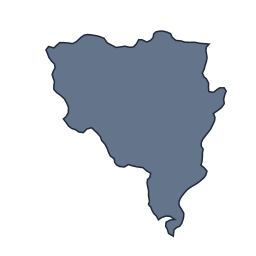 outline of Taparuba, Minas Gerais, Brazil, rotated 98°
{"feature_id": "56859067B97450946260268", "entity_name": "Taparuba", "entity_type": "district", "adm_level": 2, "iso_a3": "BRA", "parent_name": "Brazil", "parent_adm1": "Minas Gerais", "projection": "orthographic", "projection_center": [-41.602, -19.749], "detail": "fine", "context": "isolated", "style": "filled", "palette": "slate", "viewbox_px": 256, "rotation_deg": 98, "n_neighbors": 0, "source": "geoboundaries", "source_scale": "gbopen_adm2", "svg_char_len": 2101}
<svg xmlns="http://www.w3.org/2000/svg" viewBox="0 0 256 256"><g transform="rotate(98 128 128)"><path d="M128.0,193.3L130.9,190.3L134.5,187.0L136.3,183.5L136.9,179.9L138.8,176.1L138.8,171.6L134.7,168.6L132.8,164.1L135.5,160.3L137.6,157.3L140.5,154.1L143.9,152.4L147.5,148.3L151.3,145.7L154.9,143.8L158.2,141.6L160.3,137.5L163.9,136.3L166.2,134.2L167.3,131.0L167.1,126.1L164.1,122.5L164.8,118.8L165.2,114.1L165.2,107.6L167.9,103.6L169.7,99.2L173.8,99.6L176.4,101.5L179.8,101.5L183.2,100.4L187.2,98.9L192.1,98.3L197.4,96.6L201.0,97.0L203.1,94.5L206.1,92.8L209.2,90.5L211.1,87.7L214.7,85.1L211.9,82.1L209.9,78.1L209.6,74.0L212.1,69.0L213.2,73.3L216.0,77.2L220.3,77.0L222.7,75.0L226.7,73.2L228.8,68.1L222.5,68.3L220.0,66.2L218.0,63.1L214.8,61.5L211.1,60.8L208.0,60.5L204.6,60.9L201.2,63.6L197.6,66.6L194.3,67.2L191.1,66.6L188.1,65.3L184.5,63.2L181.0,60.9L178.8,58.7L176.5,56.1L174.3,53.2L172.2,50.8L169.5,48.3L166.5,45.7L163.5,44.3L159.7,43.8L156.9,46.9L154.6,50.6L150.8,50.1L146.4,50.3L141.9,50.8L138.5,50.6L136.0,52.9L132.2,53.4L128.5,52.3L125.1,50.3L120.8,47.8L117.7,46.1L113.3,44.6L109.0,43.3L105.6,43.3L101.7,45.4L97.6,41.0L94.7,38.2L90.6,36.1L86.1,37.3L81.5,36.8L77.8,35.9L74.8,38.4L75.4,42.7L77.5,45.2L80.8,48.3L80.7,53.0L76.5,54.0L72.4,54.4L68.5,57.2L66.7,59.9L63.4,62.0L59.4,60.8L55.7,60.4L51.0,59.6L47.3,59.5L44.3,60.4L40.5,61.6L37.1,61.7L33.6,59.4L33.8,63.7L34.1,68.3L33.8,73.9L34.6,78.8L35.1,83.5L34.4,87.5L34.6,92.8L32.1,96.8L28.7,98.9L27.7,102.2L27.2,106.5L27.6,110.1L28.9,113.7L31.3,115.6L35.2,115.8L38.2,118.0L40.2,121.4L38.7,126.5L39.1,129.7L43.7,131.4L47.1,134.0L47.9,137.9L47.4,142.4L48.8,146.8L49.9,151.0L48.6,154.8L46.6,160.4L42.5,164.2L41.4,168.9L41.0,172.9L40.9,177.6L41.1,181.3L42.2,184.4L45.0,187.4L49.8,191.2L52.2,194.7L52.1,198.0L52.4,203.6L53.0,207.6L55.7,209.9L59.0,212.5L58.3,218.0L62.1,220.1L65.4,218.1L69.0,216.2L72.5,212.9L74.9,209.7L78.7,208.5L81.7,209.7L85.6,210.6L89.2,208.9L92.2,207.3L96.3,207.3L100.1,206.8L102.8,203.6L104.9,199.6L107.9,195.1L112.3,191.9L115.8,189.8L121.2,189.3L125.5,190.9L128.0,193.3Z" fill="#64748b" stroke="#1e293b" stroke-width="1.5"/></g></svg>